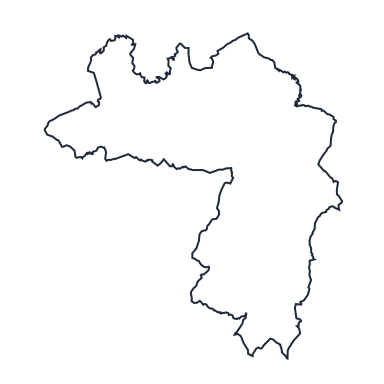 Zipaquira, Cundinamarca, Colombia, rotated 183°
{"feature_id": "7082276B49275138212053", "entity_name": "Zipaquira", "entity_type": "district", "adm_level": 2, "iso_a3": "COL", "parent_name": "Colombia", "parent_adm1": "Cundinamarca", "projection": "albers", "projection_center": [-74.018, 5.061], "detail": "fine", "context": "isolated", "style": "outline", "palette": "slate", "viewbox_px": 384, "rotation_deg": 183, "n_neighbors": 0, "source": "geoboundaries", "source_scale": "gbopen_adm2", "svg_char_len": 5926}
<svg xmlns="http://www.w3.org/2000/svg" viewBox="0 0 384 384"><g transform="rotate(183 192 192)"><path d="M305.0,221.2L303.3,219.9L302.9,221.2L301.2,222.2L299.0,225.5L298.3,225.7L298.0,224.7L296.3,226.3L295.7,225.0L294.6,225.5L294.0,224.7L293.2,224.7L293.0,226.9L289.6,228.3L288.3,231.3L285.2,232.6L282.8,231.6L282.1,231.9L280.8,229.7L279.9,227.2L280.4,220.6L279.1,218.7L277.2,219.8L275.0,219.7L271.2,221.1L270.8,220.8L257.7,226.4L251.0,222.9L249.7,223.9L245.7,220.8L244.6,221.7L243.7,220.9L240.3,219.9L238.4,221.5L238.1,221.0L236.1,222.2L233.3,221.6L233.4,220.4L227.7,216.6L224.8,219.0L221.9,223.2L215.4,216.6L213.6,216.6L212.6,218.7L211.9,218.1L211.9,216.9L208.6,214.1L206.4,215.0L205.4,214.6L202.5,216.7L201.6,216.1L199.8,217.2L196.4,214.6L194.0,214.5L192.8,213.9L182.2,214.5L175.1,212.0L166.3,215.8L162.6,215.9L159.4,217.3L154.1,217.9L153.8,214.6L153.1,213.9L153.1,210.0L151.7,208.3L154.2,202.4L156.8,203.2L158.9,203.0L159.9,202.2L162.7,195.9L164.5,189.5L164.8,183.5L166.2,177.2L164.0,174.1L163.8,170.8L166.1,166.6L169.6,165.9L170.9,165.1L173.1,160.8L174.8,159.2L175.3,155.8L176.2,154.5L179.7,153.7L181.3,151.9L182.3,149.6L182.5,143.9L184.6,136.0L188.5,130.7L188.1,126.0L186.1,125.7L183.7,124.1L181.7,123.5L179.2,120.0L176.2,117.9L173.9,117.5L171.7,118.3L171.0,117.7L171.2,115.4L172.0,114.1L175.9,110.3L178.0,110.1L178.9,109.4L177.8,106.8L181.6,103.0L182.9,98.4L185.6,95.7L187.9,91.8L186.6,85.6L186.7,82.9L184.0,81.3L181.2,81.7L178.6,83.7L176.2,81.7L175.4,80.2L174.7,80.0L173.9,80.8L171.8,80.5L170.1,78.1L168.2,76.8L165.3,76.5L163.9,74.9L163.1,75.1L160.3,73.4L157.9,73.4L157.8,72.6L156.7,72.1L155.8,73.1L154.3,72.7L151.9,73.5L149.6,73.1L148.7,71.1L147.2,71.7L145.0,70.8L144.0,68.2L142.5,67.7L140.2,67.6L139.0,68.5L138.2,68.1L136.0,70.3L132.6,70.9L131.4,74.4L131.8,69.1L134.0,67.1L134.8,63.2L139.7,54.8L141.6,53.0L142.0,51.7L139.0,52.7L135.7,50.7L132.5,43.7L128.0,37.4L127.4,33.3L123.0,31.4L123.2,32.7L119.6,39.0L117.7,40.2L115.7,39.3L114.2,39.5L112.3,42.7L106.2,49.6L103.4,49.0L100.0,46.2L95.8,44.2L95.9,43.2L94.9,41.8L93.6,36.3L89.9,33.1L88.7,31.0L87.9,30.7L88.1,38.6L87.1,41.3L82.8,48.9L76.6,56.4L78.0,61.6L80.2,63.5L78.5,64.1L78.7,65.6L77.9,67.9L76.6,68.4L76.3,69.3L78.3,71.0L80.1,70.9L81.2,71.5L83.2,81.8L82.4,85.5L77.1,85.3L76.9,86.1L78.1,87.9L74.4,89.8L70.8,95.7L69.9,100.1L69.8,101.8L70.7,102.9L68.5,110.3L70.4,115.0L70.2,119.7L71.2,122.6L70.6,125.9L70.9,129.5L66.2,131.2L67.2,131.7L67.8,134.0L68.9,134.9L68.4,136.1L69.8,137.8L70.1,142.2L71.5,144.9L72.1,149.6L71.1,154.1L69.5,156.2L69.5,157.6L67.6,161.6L67.6,167.1L64.8,173.5L63.0,174.9L62.2,176.9L60.2,178.2L57.0,179.1L56.7,181.1L54.7,182.2L53.8,184.2L50.6,185.2L48.2,183.5L44.1,182.0L44.8,184.0L44.8,186.9L42.3,189.0L41.6,190.6L45.4,196.0L47.1,197.2L47.5,201.5L46.7,209.4L49.1,210.6L51.0,209.4L52.7,213.0L54.6,213.9L59.9,219.7L61.1,219.8L67.3,226.1L66.3,229.8L62.7,236.2L59.8,240.3L59.1,242.3L56.0,245.4L56.0,252.5L55.3,257.2L54.3,259.2L54.3,264.5L53.2,268.6L51.9,269.4L52.1,270.9L54.4,272.1L54.4,274.0L54.9,274.5L58.9,276.7L60.7,276.7L64.5,279.8L65.5,280.2L66.7,279.9L66.9,281.1L67.6,281.6L75.7,282.6L77.3,283.5L79.0,283.4L80.2,284.3L83.4,283.6L84.0,284.4L86.5,284.7L87.5,283.9L88.7,284.0L92.1,283.0L93.7,284.1L93.2,284.9L92.1,284.7L91.7,285.1L92.0,285.8L93.5,286.6L92.7,288.1L91.6,287.6L91.2,288.8L90.2,288.3L89.7,288.8L90.8,290.2L92.0,290.0L89.5,291.9L90.1,294.3L89.3,294.5L88.3,292.9L87.8,293.9L89.3,296.2L88.8,298.4L89.5,299.2L88.6,300.2L89.1,300.6L89.6,304.1L93.3,306.6L92.7,307.3L92.2,306.4L91.5,307.2L91.8,308.7L93.0,309.1L92.4,309.2L92.5,310.2L94.0,311.0L95.1,310.7L95.2,309.9L96.4,310.5L96.6,311.0L95.4,312.1L95.8,312.6L97.4,311.4L97.0,313.0L96.2,313.7L97.7,313.8L98.3,313.1L98.5,314.3L101.2,315.0L101.7,316.3L103.3,316.6L103.8,316.0L106.0,317.1L107.0,316.3L111.1,318.7L111.9,318.6L111.8,317.9L113.0,318.7L113.0,319.3L115.3,320.1L116.6,325.8L118.8,328.0L120.2,328.0L122.2,329.3L127.2,330.3L132.7,333.7L137.2,343.2L139.8,346.4L143.3,348.4L143.6,351.9L144.7,353.3L154.1,348.4L156.7,346.1L159.3,345.1L160.9,343.5L165.3,341.0L168.1,337.9L173.9,334.3L173.0,331.2L175.3,329.6L179.1,328.5L180.4,327.0L179.3,326.5L177.9,324.1L177.7,321.9L178.6,318.9L178.6,317.1L185.2,316.5L189.9,314.1L192.3,314.2L198.6,315.9L201.1,320.7L202.7,329.5L203.0,335.6L206.7,335.6L210.9,339.5L212.0,339.5L215.1,335.3L214.9,333.5L213.5,331.2L214.6,329.7L216.3,328.9L215.8,327.1L217.8,326.0L217.0,323.2L217.8,323.0L219.7,325.6L221.4,324.3L223.3,323.9L222.3,322.1L222.2,316.7L219.7,314.6L220.4,311.3L220.2,308.8L222.1,308.3L222.7,309.9L223.6,310.2L224.6,308.8L223.4,307.1L223.3,306.0L224.7,304.0L226.4,302.9L230.7,305.1L233.3,304.9L233.3,304.5L231.2,303.6L230.2,301.6L230.3,300.9L232.8,299.3L233.5,299.3L233.8,300.5L234.7,301.1L235.6,300.1L237.4,300.0L239.5,298.7L240.6,298.6L242.3,301.1L243.1,300.4L243.0,298.6L244.0,298.2L245.6,300.1L245.3,303.7L248.1,304.1L249.6,306.1L250.0,307.8L252.1,306.7L253.7,306.7L255.8,308.0L257.4,310.0L256.3,312.2L256.0,314.8L258.4,317.6L257.8,322.8L260.7,325.8L260.9,327.0L257.4,332.0L256.4,336.7L260.4,335.6L258.4,337.5L259.0,341.0L265.7,344.5L265.8,342.4L269.3,344.6L270.3,343.6L273.3,344.5L272.7,342.9L273.0,342.4L274.9,343.7L276.8,343.8L276.6,340.4L277.3,339.5L280.6,338.6L282.0,340.4L283.3,339.5L284.7,336.9L285.3,333.5L287.7,332.0L287.5,328.6L289.7,326.1L290.5,325.7L291.2,326.3L290.8,329.7L292.2,328.8L293.9,326.5L294.9,326.4L295.5,324.3L297.4,323.9L299.3,322.2L300.0,321.0L299.6,318.9L300.4,315.4L302.2,311.1L302.3,307.5L296.3,305.9L293.3,297.7L287.9,281.5L288.4,280.2L290.2,279.6L290.8,278.8L290.7,277.6L289.5,276.9L289.4,274.0L292.6,271.7L295.9,275.2L297.1,275.0L297.7,276.5L302.2,275.7L308.7,271.5L310.7,269.4L313.6,268.8L314.4,267.6L317.6,266.7L318.4,265.9L328.5,261.5L334.0,257.3L338.1,255.1L339.2,253.4L339.7,250.7L342.2,247.5L342.4,246.4L339.7,241.7L334.2,240.1L329.9,237.1L328.0,236.5L324.2,230.4L323.4,230.3L319.6,232.1L316.2,231.1L311.5,227.2L310.1,220.7L309.1,220.2L305.0,221.2Z" fill="none" stroke="#1e293b" stroke-width="2"/></g></svg>